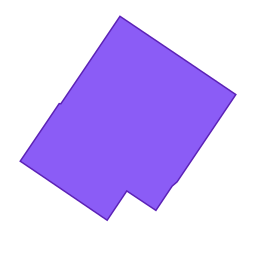 Mayes, Oklahoma, United States of America, rotated 34°
{"feature_id": "52423323B2664588316143", "entity_name": "Mayes", "entity_type": "district", "adm_level": 2, "iso_a3": "USA", "parent_name": "United States of America", "parent_adm1": "Oklahoma", "projection": "albers", "projection_center": [-95.237, 36.292], "detail": "fine", "context": "isolated", "style": "filled", "palette": "violet", "viewbox_px": 256, "rotation_deg": 34, "n_neighbors": 0, "source": "geoboundaries", "source_scale": "gbopen_adm2", "svg_char_len": 419}
<svg xmlns="http://www.w3.org/2000/svg" viewBox="0 0 256 256"><g transform="rotate(34 128 128)"><path d="M133.0,216.0L157.1,216.1L162.3,216.1L162.2,180.9L197.2,180.7L197.1,157.4L197.1,151.4L198.8,145.3L198.8,133.6L198.7,40.0L140.5,39.9L93.9,39.9L58.9,39.9L58.9,75.1L58.9,103.8L58.9,106.1L58.8,145.4L57.3,146.3L57.3,168.8L57.2,215.8L81.8,215.8L133.0,216.0Z" fill="#8b5cf6" stroke="#5b21b6" stroke-width="1.5"/></g></svg>